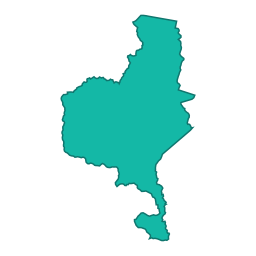 Itaberaí, Goiás, Brazil (Mercator projection)
{"feature_id": "56859067B7419622155547", "entity_name": "Itaberaí", "entity_type": "district", "adm_level": 2, "iso_a3": "BRA", "parent_name": "Brazil", "parent_adm1": "Goiás", "projection": "mercator", "projection_center": [-49.83, -16.116], "detail": "fine", "context": "isolated", "style": "filled", "palette": "teal", "viewbox_px": 256, "rotation_deg": 0, "n_neighbors": 0, "source": "geoboundaries", "source_scale": "gbopen_adm2", "svg_char_len": 4889}
<svg xmlns="http://www.w3.org/2000/svg" viewBox="0 0 256 256"><path d="M117.4,180.0L116.3,181.5L115.4,182.6L115.6,184.5L117.0,186.5L119.1,184.7L120.3,184.0L122.4,183.8L123.9,184.3L124.7,185.4L126.1,185.6L126.8,184.5L128.1,184.7L129.1,183.4L130.9,183.6L134.1,183.1L135.8,184.6L136.8,185.0L137.4,185.8L137.3,187.7L138.2,188.8L140.2,189.9L141.6,191.4L143.9,191.3L145.9,191.0L151.4,193.8L152.0,195.4L152.7,197.0L154.0,197.4L155.3,198.8L155.9,202.4L156.2,204.8L157.8,204.8L158.0,206.6L157.9,208.3L159.0,208.8L159.4,211.3L159.9,213.1L158.7,214.3L157.1,215.2L155.3,215.4L153.6,214.8L151.4,215.5L149.6,216.2L147.6,215.5L145.7,214.2L143.1,212.8L141.1,213.1L139.6,214.8L138.1,216.1L136.1,219.3L134.5,219.6L134.5,221.3L136.2,225.4L138.3,227.6L141.3,227.6L145.1,229.0L146.0,230.0L146.8,232.0L149.0,233.7L150.3,235.1L150.5,236.2L150.1,237.4L149.5,238.6L151.8,237.8L153.1,238.6L154.9,238.3L157.3,238.8L159.4,239.6L161.5,240.5L163.2,240.6L165.5,240.0L166.9,240.3L168.6,239.0L168.4,237.6L168.5,236.0L169.4,234.0L168.9,233.1L167.6,233.2L167.0,231.9L167.2,230.3L165.7,229.1L165.4,227.9L166.1,226.7L166.0,225.6L165.1,224.1L165.4,222.6L164.9,221.3L163.2,221.7L162.1,221.3L162.8,219.7L161.9,218.1L162.4,216.7L163.2,215.5L164.0,214.6L165.0,213.9L165.5,212.5L164.7,211.7L164.8,208.5L164.7,207.5L164.1,206.6L165.1,204.8L166.2,204.2L165.2,203.6L166.1,202.4L165.4,201.5L164.3,200.8L163.5,198.9L162.4,197.9L163.5,196.2L163.1,194.4L161.7,194.7L161.8,192.8L161.4,191.6L161.6,190.5L162.8,188.1L162.0,186.8L161.5,186.1L160.2,185.3L159.4,184.7L158.2,184.5L156.9,184.1L156.5,182.2L157.6,180.3L157.9,178.6L156.7,177.9L156.5,176.0L156.0,174.1L156.6,172.1L155.3,171.0L155.5,169.4L155.4,167.8L155.9,164.5L157.2,162.8L158.4,161.0L160.6,159.0L161.6,156.7L162.4,154.2L173.6,144.6L189.5,131.0L190.5,130.1L192.6,127.7L191.2,128.0L190.9,126.6L190.3,125.5L189.7,124.5L188.7,124.1L187.8,124.3L187.2,123.0L188.4,118.4L189.1,117.5L189.3,115.6L189.0,114.5L188.3,113.3L187.3,112.7L186.1,111.7L184.7,110.2L184.8,108.5L183.4,107.9L182.4,106.2L181.6,105.3L180.9,103.9L180.9,102.5L192.0,99.2L193.8,97.7L194.8,95.2L178.4,89.9L179.2,87.3L180.1,85.5L179.3,84.1L177.6,82.9L177.1,81.6L177.2,79.9L177.9,77.6L178.4,75.8L178.9,74.8L179.5,72.4L180.8,69.9L180.2,68.7L180.2,66.9L180.9,65.2L181.3,63.2L182.2,61.1L183.8,59.7L183.8,58.4L181.9,56.9L180.7,55.8L179.6,54.0L180.4,51.3L181.2,49.1L181.4,47.5L180.7,45.3L180.9,43.3L180.6,41.6L179.5,40.5L178.3,39.4L180.1,38.1L181.0,37.2L180.9,35.6L179.9,34.8L178.3,33.3L178.3,32.2L179.1,31.1L179.1,30.1L178.1,28.6L175.2,28.0L176.6,21.2L160.1,18.3L148.8,16.3L146.3,15.8L143.3,15.4L140.9,15.4L139.4,17.0L137.6,19.0L135.9,20.7L134.5,21.5L132.9,22.1L133.6,23.8L134.5,24.9L135.4,25.6L136.3,26.5L137.7,27.5L137.1,29.4L136.7,31.6L137.6,32.5L137.3,34.5L138.3,36.9L139.7,38.7L140.4,40.4L141.8,41.4L142.8,42.6L142.7,43.7L142.9,45.0L142.0,45.5L142.1,46.5L141.9,48.7L140.7,49.1L139.6,49.3L138.5,50.3L137.1,50.3L136.3,51.1L135.9,53.7L136.0,55.3L134.7,55.8L133.7,56.0L132.7,55.9L131.4,55.5L130.4,54.5L129.3,55.5L127.9,55.8L127.5,57.1L128.3,58.2L128.9,59.8L129.0,61.0L129.6,61.7L130.4,62.9L129.7,64.1L128.8,65.6L128.7,66.9L128.5,68.1L127.2,68.7L126.6,69.6L125.7,70.6L125.1,71.5L125.1,72.9L123.1,73.8L123.6,74.8L123.5,76.0L122.3,77.2L121.6,78.1L121.3,79.2L120.2,80.4L119.9,82.1L119.2,83.6L118.8,82.5L117.7,82.6L116.9,82.0L115.6,81.9L114.1,82.9L113.6,81.7L113.0,80.9L112.7,79.8L111.6,79.8L110.4,79.2L109.3,80.3L107.8,80.5L106.5,80.5L105.6,79.3L104.1,78.8L103.4,77.5L102.3,77.6L101.4,78.0L99.6,77.0L98.2,78.3L96.4,78.5L95.0,77.8L94.0,76.8L92.9,77.5L91.6,78.4L90.4,79.0L89.7,77.9L88.4,78.5L87.3,78.7L86.9,79.8L87.2,81.3L86.5,82.2L85.0,82.4L84.1,81.9L83.1,83.0L82.2,84.2L82.1,85.5L80.5,86.3L79.2,86.6L77.9,87.3L76.9,87.8L76.7,88.8L75.7,89.7L74.3,90.7L73.3,92.3L72.0,92.1L70.5,92.0L67.4,92.2L67.7,93.8L66.6,94.2L65.3,94.6L63.6,94.6L62.7,95.6L61.5,97.2L61.2,98.7L61.5,100.1L62.2,101.2L62.8,102.8L62.8,104.8L63.5,105.8L64.9,108.0L64.8,109.1L65.0,110.7L64.4,112.1L64.2,113.4L64.6,114.8L63.5,116.0L63.2,117.0L62.9,118.4L62.4,119.5L62.7,120.8L64.1,121.5L64.6,122.9L64.1,123.9L63.7,125.4L62.9,126.6L62.8,128.0L63.0,129.1L62.9,130.3L62.3,131.2L62.0,132.2L62.1,133.5L62.8,135.0L62.3,137.6L62.6,139.7L63.6,141.1L63.8,142.3L63.8,143.6L63.5,144.9L63.6,146.3L64.4,147.5L64.1,149.4L64.5,151.1L65.8,152.3L67.3,152.9L68.7,154.2L69.5,155.1L70.7,155.6L71.7,155.9L72.7,156.0L73.8,156.2L74.7,157.1L75.9,157.1L77.5,156.7L79.4,157.1L81.3,157.7L82.7,157.2L84.0,157.4L84.8,158.0L85.6,158.9L85.9,160.8L86.1,162.1L86.9,163.0L87.8,163.7L89.1,163.8L90.4,163.1L91.3,163.2L92.5,163.6L93.7,164.3L94.5,165.2L95.6,165.5L97.6,165.6L99.6,165.9L101.0,164.5L102.5,163.5L104.0,164.2L105.0,165.1L106.4,166.7L107.5,167.3L108.8,167.5L110.0,167.6L111.1,167.3L112.1,166.9L113.9,167.0L116.3,166.9L117.2,167.5L118.1,168.8L118.2,170.8L118.8,172.4L119.1,173.5L119.1,174.6L118.4,175.8L118.8,176.9L118.1,179.3L117.4,180.0Z" fill="#14b8a6" stroke="#0f766e" stroke-width="1.5"/></svg>